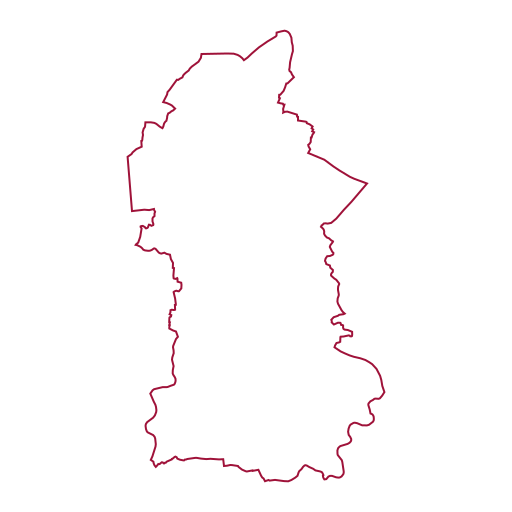 Phrom Buri, Sing Buri, Thailand (Mercator projection)
{"feature_id": "78962969B89393291205833", "entity_name": "Phrom Buri", "entity_type": "district", "adm_level": 2, "iso_a3": "THA", "parent_name": "Thailand", "parent_adm1": "Sing Buri", "projection": "mercator", "projection_center": [100.446, 14.789], "detail": "fine", "context": "isolated", "style": "outline", "palette": "rose", "viewbox_px": 512, "rotation_deg": 0, "n_neighbors": 0, "source": "geoboundaries", "source_scale": "gbopen_adm2", "svg_char_len": 6073}
<svg xmlns="http://www.w3.org/2000/svg" viewBox="0 0 512 512"><path d="M288.2,481.3L291.4,480.0L295.3,477.6L297.5,475.8L298.6,472.4L299.2,471.2L301.5,469.1L303.1,466.8L304.5,465.5L305.3,465.2L306.7,465.5L309.2,467.0L313.2,468.8L315.4,470.4L320.0,471.4L321.6,472.0L322.2,472.6L323.2,474.5L323.4,475.2L322.9,475.6L323.1,477.0L323.8,478.6L324.4,479.4L326.3,479.1L328.4,476.6L329.9,475.9L332.1,475.9L336.1,477.3L338.3,477.6L339.7,477.5L341.5,476.5L343.3,474.2L343.7,472.8L343.7,471.3L342.3,462.0L341.8,460.2L337.8,455.1L337.5,454.0L337.4,450.5L338.1,448.2L339.2,447.0L340.3,446.1L347.6,443.9L349.5,442.8L350.8,441.4L351.2,440.3L351.2,439.0L350.2,436.9L348.7,434.9L348.1,431.7L348.6,428.6L349.7,425.7L350.6,424.6L353.5,422.9L354.8,422.7L357.2,423.2L362.1,425.3L366.9,425.4L369.0,424.8L372.9,421.8L373.5,420.8L373.8,419.9L373.8,418.1L373.6,416.4L373.0,415.2L372.3,414.3L370.5,413.5L369.7,409.5L368.4,405.3L368.3,404.2L368.6,403.4L370.4,401.3L372.9,400.0L374.4,398.8L375.6,398.6L378.7,398.8L379.9,398.3L382.2,395.6L384.4,392.1L382.3,385.9L381.3,380.0L380.1,375.8L376.5,368.9L372.2,364.2L369.4,362.3L365.4,360.0L360.4,358.3L353.9,356.8L349.6,355.4L344.9,353.4L340.6,351.4L334.5,347.3L335.1,345.4L336.5,343.0L339.1,342.4L340.2,341.8L340.4,337.1L340.6,336.7L343.6,336.5L348.7,335.4L349.6,335.6L350.2,336.3L351.6,336.3L352.0,336.0L352.2,334.5L352.1,331.8L347.8,330.0L344.6,329.6L343.6,329.0L343.1,327.8L343.1,325.4L342.7,325.1L341.1,324.9L340.6,323.1L340.3,322.8L338.0,322.7L333.9,324.5L331.7,322.4L331.8,321.2L331.3,319.8L333.7,317.2L337.9,315.8L339.2,314.8L343.5,314.2L344.7,313.6L342.8,311.9L341.5,310.1L338.0,303.7L337.4,301.5L337.7,298.3L338.7,295.6L338.8,294.4L338.0,290.0L338.0,288.3L338.2,286.4L339.2,284.1L339.1,283.4L336.3,279.8L334.3,278.5L331.2,275.7L331.0,275.1L331.1,274.1L331.8,272.9L332.8,271.9L332.9,270.0L330.3,267.7L329.9,265.5L326.3,264.1L325.7,262.1L325.0,260.9L325.6,258.5L327.2,256.2L329.9,256.0L332.7,254.8L333.3,254.1L333.4,252.9L332.2,251.7L329.8,246.9L330.3,245.3L332.8,242.0L333.0,241.4L331.2,240.3L329.0,238.3L326.9,237.5L325.0,235.5L324.1,233.8L324.2,231.3L323.7,229.6L323.0,228.6L321.0,226.8L321.4,226.2L321.5,225.5L322.5,224.9L323.8,223.5L325.6,223.3L327.6,223.6L331.2,222.9L336.3,218.6L343.8,209.9L351.5,201.7L367.0,183.5L354.3,178.8L349.9,176.8L339.5,170.5L333.5,166.5L324.3,159.7L308.2,153.0L310.2,149.3L308.6,146.5L308.2,144.9L309.6,143.7L310.7,142.0L310.9,137.5L311.6,137.5L312.5,134.5L313.5,133.4L314.1,132.2L312.2,131.3L313.2,129.5L311.6,128.3L312.6,126.5L309.6,124.3L306.8,123.2L306.7,122.2L306.0,121.7L298.0,120.5L298.0,116.8L297.1,116.6L296.9,114.6L287.3,111.6L285.0,111.8L283.2,112.6L283.4,111.4L283.1,109.0L284.4,104.7L283.3,104.7L282.9,103.7L280.5,103.3L278.0,102.6L279.9,98.2L279.0,97.7L279.2,94.8L280.3,94.7L283.6,90.9L285.1,87.3L286.3,83.5L287.5,83.4L293.9,77.2L292.0,74.5L291.0,72.2L289.6,71.1L289.2,69.6L289.6,67.8L290.1,62.2L292.0,54.1L292.9,51.1L292.7,45.7L291.8,42.3L291.4,37.7L289.8,34.0L288.3,32.2L286.5,31.2L284.6,30.7L281.1,31.4L276.6,32.6L276.5,35.6L275.7,36.5L267.4,41.5L258.9,47.4L251.8,53.5L247.5,57.6L243.9,60.2L242.3,58.2L239.9,56.2L237.6,54.9L233.7,53.7L227.3,53.5L201.5,54.0L200.9,57.8L198.5,61.7L191.8,66.6L189.8,68.6L188.7,70.5L185.7,72.8L184.2,74.2L183.2,75.4L182.4,77.4L179.9,78.7L178.2,79.9L176.9,79.7L169.5,89.9L167.5,92.1L167.1,94.5L163.2,102.1L166.7,103.0L170.1,104.5L171.9,105.5L175.1,108.6L173.2,110.4L171.4,111.3L169.6,112.8L168.2,113.4L167.2,116.2L167.1,117.8L166.4,120.8L165.3,121.7L164.1,123.5L163.3,126.5L162.7,127.8L162.4,128.2L159.7,126.6L156.4,123.9L154.4,122.9L150.7,122.3L145.4,122.3L145.1,126.1L144.8,127.2L143.7,128.6L142.6,132.4L143.0,135.0L142.5,137.5L142.3,139.8L142.0,140.8L141.3,141.0L141.7,146.7L136.4,149.1L132.6,152.4L131.5,154.1L127.6,156.8L132.0,211.1L144.3,209.7L149.2,210.1L153.9,209.0L153.9,209.6L155.1,211.8L154.5,213.4L154.5,216.1L153.0,217.4L152.5,218.5L152.5,221.4L153.4,224.1L153.2,225.1L151.4,225.8L149.9,224.8L148.9,224.7L147.9,227.4L147.4,227.9L146.0,228.4L145.6,228.2L145.0,227.2L142.8,225.9L141.2,226.1L140.6,226.4L140.6,227.0L141.6,228.4L140.2,236.9L138.2,242.6L136.0,244.4L135.7,244.9L137.2,245.2L140.5,246.8L142.1,248.2L143.3,249.7L145.0,250.4L148.1,250.8L149.9,250.7L151.7,250.0L153.8,248.5L154.5,248.4L155.6,248.9L158.8,252.6L160.1,253.3L161.3,253.6L164.4,252.7L166.5,253.9L170.0,254.7L170.9,259.1L173.0,262.9L172.8,267.9L174.0,268.1L173.4,275.5L173.6,278.2L174.0,278.6L175.7,278.9L177.2,278.1L177.4,278.4L177.6,281.7L181.2,282.7L181.5,284.8L181.3,288.4L179.0,291.2L178.3,291.3L176.3,290.7L174.4,291.4L173.6,292.1L175.1,298.4L175.8,303.9L175.8,304.8L174.9,304.9L175.1,309.7L174.8,309.9L173.3,310.0L171.9,309.7L170.5,310.2L170.4,312.4L169.6,314.3L171.3,315.1L171.0,316.5L169.6,317.3L169.4,317.8L169.2,322.1L169.9,322.3L169.2,325.0L169.8,325.2L169.3,326.9L169.3,328.5L173.1,330.5L176.0,331.5L177.9,336.8L176.0,339.0L173.2,345.9L173.0,347.2L173.6,350.5L173.7,353.2L172.3,357.4L172.0,359.7L173.6,366.1L172.8,370.1L172.7,373.4L173.2,374.7L174.8,377.2L175.5,378.8L175.6,380.8L175.3,382.2L174.7,383.8L173.9,384.7L170.6,385.8L167.9,386.9L166.9,387.1L162.8,387.1L154.1,389.2L152.6,390.3L150.3,393.6L153.8,401.7L155.4,404.8L156.0,406.9L156.4,410.1L156.2,412.0L154.9,415.4L153.1,417.7L147.2,422.1L146.0,423.8L145.6,425.2L145.6,426.3L146.0,429.1L146.9,431.5L147.8,432.4L153.2,435.1L154.6,436.8L155.2,438.6L155.8,444.2L155.5,446.6L152.4,456.4L150.8,459.9L153.4,461.7L153.7,463.4L154.5,465.3L155.8,466.9L156.9,465.8L158.3,464.0L158.9,464.2L159.7,464.0L161.7,462.3L162.7,462.4L163.7,463.4L164.3,463.4L164.8,462.8L165.8,462.7L166.6,461.7L171.8,459.4L171.9,458.9L172.7,458.6L174.7,456.9L175.5,456.6L176.7,457.3L177.3,458.6L179.9,459.7L183.5,460.4L184.3,460.3L184.8,459.6L186.1,459.5L187.3,459.0L195.0,457.9L196.9,457.9L201.0,458.6L206.3,459.1L210.5,458.8L219.0,459.4L223.2,459.2L224.0,466.0L227.1,465.7L230.2,465.0L232.1,465.1L238.0,466.0L238.5,466.9L242.0,469.6L245.6,471.2L246.8,471.5L252.5,470.4L252.6,470.9L258.4,469.8L261.0,475.5L262.2,477.5L263.6,478.5L265.0,481.2L268.6,480.0L269.6,480.6L275.0,479.9L284.0,481.1L288.2,481.3Z" fill="none" stroke="#9f1239" stroke-width="2"/></svg>